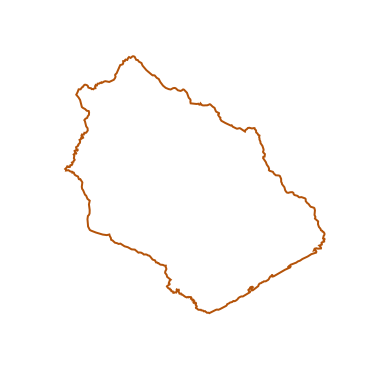 outline of Muanza, Sofala, Mozambique, rotated 19°
{"feature_id": "85939544B50673994435668", "entity_name": "Muanza", "entity_type": "district", "adm_level": 2, "iso_a3": "MOZ", "parent_name": "Mozambique", "parent_adm1": "Sofala", "projection": "mercator", "projection_center": [34.955, -19.086], "detail": "fine", "context": "isolated", "style": "outline", "palette": "amber", "viewbox_px": 384, "rotation_deg": 19, "n_neighbors": 0, "source": "geoboundaries", "source_scale": "gbopen_adm2", "svg_char_len": 5977}
<svg xmlns="http://www.w3.org/2000/svg" viewBox="0 0 384 384"><g transform="rotate(19 192 192)"><path d="M88.5,84.9L88.0,86.1L87.8,88.2L86.1,88.4L85.8,88.9L85.8,90.1L84.3,90.7L85.0,92.4L84.9,93.8L82.8,95.4L82.1,104.2L81.2,106.0L81.3,106.6L82.2,107.9L82.1,109.5L81.5,111.4L77.9,114.9L74.1,115.4L73.0,116.1L71.6,117.8L70.9,117.7L70.6,118.5L69.7,118.5L69.1,119.6L67.5,120.3L67.4,122.3L67.0,122.5L66.2,122.3L66.3,123.0L65.9,123.5L66.9,125.3L65.9,125.8L65.2,127.0L64.6,126.9L63.6,127.4L62.5,126.7L61.7,127.0L60.0,127.0L59.0,125.7L58.2,125.3L56.6,125.2L55.5,125.6L54.8,127.0L54.8,127.8L53.9,128.9L53.2,131.2L51.4,131.8L51.3,135.0L50.9,137.7L53.9,139.5L56.2,141.4L60.2,147.5L61.5,148.0L64.0,148.4L66.0,149.4L68.0,149.1L68.8,150.3L69.4,152.6L68.7,154.5L68.8,156.0L67.4,157.4L66.8,159.1L67.7,159.9L70.6,164.4L72.5,165.7L73.4,167.8L72.7,170.3L71.6,170.8L71.5,171.2L71.0,171.2L71.1,172.0L70.8,172.3L70.9,172.9L70.1,173.2L69.5,174.1L69.2,173.9L69.1,174.6L69.6,175.2L70.1,175.2L70.3,175.7L71.0,175.6L71.4,176.1L70.0,177.7L69.6,177.5L69.6,178.5L68.7,179.3L69.8,180.8L70.0,182.0L69.0,184.2L69.3,184.7L69.0,185.3L69.1,185.7L67.8,187.4L69.0,189.4L70.0,189.1L70.3,189.6L70.1,190.2L68.8,190.2L67.6,191.3L68.1,192.1L69.4,192.6L70.0,193.3L69.8,193.6L68.8,193.4L67.9,195.1L68.9,195.9L69.3,198.5L70.6,199.8L70.0,201.1L70.1,202.0L68.9,203.2L69.7,203.9L69.8,204.6L69.5,205.7L69.1,205.6L68.2,206.4L68.3,208.1L67.0,208.6L66.6,208.2L65.7,208.3L65.5,209.8L64.6,211.5L65.8,212.0L65.9,212.7L68.1,211.6L70.3,212.2L72.1,211.9L72.6,212.7L73.5,212.1L74.0,212.2L75.2,213.7L76.5,214.2L79.2,214.5L80.8,216.6L81.4,216.7L82.2,216.2L85.2,218.6L86.1,223.0L87.1,224.8L88.5,225.8L91.7,229.4L93.1,229.9L95.4,232.5L98.1,233.5L98.6,237.3L101.1,242.3L102.1,245.5L102.1,247.0L101.4,248.6L102.0,251.7L105.0,258.5L107.7,261.1L109.2,261.4L114.5,261.6L121.5,261.3L125.5,260.5L127.7,259.1L128.7,260.5L130.1,261.7L131.1,263.5L132.7,263.7L135.6,265.0L137.9,264.8L139.5,265.0L141.2,264.1L145.9,265.3L149.3,265.1L153.5,265.9L156.7,265.1L161.1,266.8L162.2,266.2L163.6,265.9L165.4,266.2L166.8,266.8L168.8,266.0L170.1,266.0L171.2,266.3L172.0,266.1L173.3,266.5L176.7,268.7L179.3,268.7L180.9,270.3L182.0,270.0L182.8,270.4L183.5,270.1L184.8,270.8L186.1,270.9L188.2,270.4L190.0,270.6L191.2,270.2L191.6,271.6L192.5,272.5L192.9,273.5L192.6,275.7L192.9,277.2L194.9,278.5L196.1,280.3L200.4,281.9L199.8,282.8L199.7,285.5L199.8,285.9L200.6,286.1L200.9,286.7L199.3,288.7L199.0,289.4L200.2,290.3L201.5,290.8L202.4,290.6L203.0,291.4L203.9,291.3L204.8,292.5L206.3,292.3L207.1,293.4L207.8,293.2L208.6,292.3L209.8,292.2L210.1,290.4L209.3,289.7L209.3,289.1L210.4,289.2L211.3,288.7L211.6,289.1L211.6,290.3L213.3,292.2L214.6,291.6L215.4,292.4L216.0,292.1L219.4,293.2L221.2,293.4L221.9,292.8L222.7,292.9L223.2,292.2L224.4,292.1L225.1,291.7L225.7,292.0L225.8,293.3L228.0,293.4L227.6,294.3L227.7,294.5L229.6,294.4L229.8,295.3L229.5,296.1L230.0,296.3L231.5,295.5L231.9,295.7L232.2,296.3L232.1,297.4L233.7,298.5L233.3,299.9L233.7,300.5L234.6,300.5L235.7,301.1L236.6,301.2L238.8,300.5L239.3,300.9L240.9,300.5L242.1,301.0L243.0,300.4L245.5,301.3L247.1,300.7L247.8,300.9L253.0,295.6L253.9,295.0L255.2,294.8L256.4,293.8L261.3,288.6L261.7,287.9L261.8,286.6L263.2,285.3L263.8,284.3L265.8,282.9L266.6,281.6L267.7,281.4L268.6,280.7L269.9,278.8L270.4,277.2L271.2,276.0L272.6,274.7L274.1,274.2L279.3,268.0L279.4,267.3L278.1,267.2L277.2,266.3L278.1,264.4L278.1,263.4L278.5,262.8L279.7,262.0L280.5,262.2L279.8,263.9L279.8,264.8L280.3,265.5L281.4,265.2L285.3,259.4L285.2,258.2L285.6,256.7L287.2,255.4L287.5,254.7L288.3,254.2L288.9,253.2L290.8,252.4L292.6,250.3L293.1,249.0L293.2,247.7L293.7,246.2L294.7,245.3L294.6,244.6L295.0,244.4L295.3,244.6L295.7,245.7L296.7,245.1L305.2,235.3L309.4,231.3L309.4,230.9L308.6,231.1L308.1,231.4L308.1,231.7L307.5,231.9L307.3,231.6L307.9,230.3L309.0,229.9L308.6,229.4L308.8,228.8L313.7,224.7L314.5,223.4L316.6,221.6L318.2,219.4L322.4,215.3L325.1,211.9L329.1,208.9L329.0,207.9L327.6,206.7L326.3,207.6L326.4,205.7L327.9,204.7L329.5,204.6L332.3,203.4L332.2,202.8L331.0,201.8L329.8,201.2L331.8,199.6L331.8,199.0L331.0,198.1L331.1,197.5L333.1,195.8L332.8,195.0L332.2,194.7L332.7,193.5L332.5,193.2L331.6,193.5L331.0,193.2L330.8,190.4L331.1,189.6L331.0,188.6L330.6,187.9L329.2,186.9L328.3,187.0L327.7,186.3L326.4,186.2L325.4,184.9L323.4,183.7L321.6,181.4L320.8,178.7L316.9,177.1L316.8,175.4L315.3,173.8L314.2,169.3L313.0,167.5L312.3,167.2L309.0,167.3L308.1,166.8L306.0,165.3L304.5,164.9L302.5,163.6L301.8,161.7L300.9,161.2L297.2,161.2L295.2,162.1L294.4,162.0L293.1,161.3L289.8,161.5L288.8,160.9L288.1,159.8L287.0,159.5L285.1,160.2L283.2,161.5L281.7,161.6L279.7,160.2L277.8,157.4L274.6,155.3L273.9,154.1L273.0,153.3L272.0,150.6L269.9,148.3L268.8,148.1L265.8,148.9L263.6,148.0L261.9,146.6L258.5,146.7L257.6,146.3L257.3,144.9L256.1,143.4L253.8,141.8L252.1,139.7L248.2,136.8L248.0,135.5L249.1,134.9L248.6,132.4L246.5,131.4L246.1,130.9L246.1,129.5L245.8,128.4L243.6,125.5L240.9,123.5L240.2,122.0L238.7,120.4L238.3,119.2L237.6,118.3L237.4,116.6L235.7,116.3L235.0,115.4L233.3,114.8L232.6,113.1L232.2,112.7L231.0,112.2L230.5,111.3L229.9,111.3L228.0,112.4L225.3,112.6L224.0,113.3L223.3,114.9L222.4,115.9L222.4,117.6L216.8,116.1L216.1,116.2L214.0,117.5L213.3,117.5L209.3,117.0L207.8,116.0L207.3,116.5L206.6,116.5L201.1,115.9L196.6,115.1L194.9,113.7L194.6,112.4L193.2,111.9L191.6,110.6L191.6,109.9L192.1,109.3L191.8,108.6L188.8,108.2L188.0,107.6L185.9,105.1L183.8,104.6L181.0,103.3L180.3,103.2L178.3,105.0L174.4,106.5L173.2,106.6L171.4,105.6L171.5,106.5L170.9,106.9L170.3,107.0L169.5,106.4L167.6,107.3L161.9,108.6L161.1,107.3L160.9,106.1L160.3,105.0L158.2,103.9L154.9,99.8L151.2,97.9L150.2,97.9L149.1,99.5L148.1,100.2L145.5,100.4L143.0,99.3L141.9,99.2L140.4,99.9L138.5,102.0L136.4,102.3L133.2,102.1L130.0,100.9L126.3,98.4L123.8,96.0L121.4,95.5L118.9,94.0L117.9,94.0L117.0,94.5L116.0,94.3L109.3,91.7L104.1,88.6L102.2,86.5L99.3,86.0L97.8,84.9L96.2,85.2L93.7,82.8L92.6,82.7L91.6,83.1L90.3,85.2L88.5,84.9Z" fill="none" stroke="#b45309" stroke-width="2"/></g></svg>